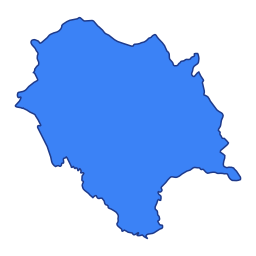 an SVG outline of Himachal Pradesh
{"feature_id": "IND-2429", "entity_name": "Himachal Pradesh", "entity_type": "Union Territory", "adm_level": 1, "iso_a3": "IND", "parent_name": "India", "parent_adm1": "", "projection": "orthographic", "projection_center": [77.297, 31.808], "detail": "fine", "context": "isolated", "style": "filled", "palette": "blue", "viewbox_px": 256, "rotation_deg": 0, "n_neighbors": 0, "source": "natural_earth", "source_scale": "10m", "svg_char_len": 5757}
<svg xmlns="http://www.w3.org/2000/svg" viewBox="0 0 256 256"><path d="M198.8,72.0L200.7,75.9L203.3,79.8L203.5,80.5L203.3,81.0L202.8,81.5L202.5,82.2L202.4,83.1L202.7,83.9L204.3,91.0L204.3,92.7L203.9,94.1L204.1,95.0L205.3,95.4L207.7,96.7L209.1,98.7L210.3,101.1L216.8,109.8L218.7,111.3L221.6,113.0L222.4,113.8L223.1,115.3L222.9,116.8L221.5,120.1L221.2,121.6L220.7,124.9L220.3,126.4L218.6,129.1L218.4,130.4L220.1,132.2L219.9,133.6L220.0,134.4L220.3,135.0L221.1,136.0L221.7,137.3L222.0,137.9L222.5,138.3L223.1,138.4L224.3,138.4L226.8,140.9L228.4,142.9L228.0,143.8L226.9,145.1L220.6,150.5L220.3,152.2L222.8,153.8L224.8,155.5L224.7,158.1L223.8,161.0L223.3,164.0L223.5,165.4L223.8,166.1L224.3,166.6L226.4,167.6L227.2,167.6L228.9,167.2L230.7,167.3L231.5,167.3L233.6,168.0L234.4,169.1L236.5,171.2L240.4,177.1L240.6,178.3L240.4,179.6L238.3,180.3L236.4,180.6L232.2,180.4L230.7,179.4L229.8,178.5L228.9,177.2L227.6,174.4L227.1,173.9L226.1,173.7L224.4,173.8L222.4,173.4L220.1,173.3L218.7,173.4L217.7,173.4L216.5,173.0L215.7,172.5L214.6,172.3L213.1,172.2L210.3,172.6L208.9,173.0L207.7,173.2L207.1,173.0L205.9,172.2L203.8,169.9L203.2,169.4L202.7,169.3L201.8,169.5L201.1,169.5L200.4,169.0L200.1,168.4L199.6,168.0L198.9,167.8L197.6,167.8L195.2,167.5L194.2,167.5L193.3,167.8L190.1,170.1L186.9,171.1L182.3,173.8L179.3,176.1L177.2,177.1L176.4,177.3L175.2,177.3L172.2,176.8L171.5,176.8L170.7,177.1L169.9,177.7L167.9,179.8L165.8,182.5L161.8,186.6L161.3,187.3L161.2,188.1L161.9,189.5L162.0,190.2L161.6,191.1L161.0,191.7L160.4,192.0L159.8,192.1L158.5,191.6L158.1,192.1L158.1,192.9L158.9,194.4L159.6,195.0L160.2,195.4L160.7,195.9L161.0,196.7L161.0,198.6L160.6,200.3L159.7,200.3L158.8,199.5L158.3,199.6L157.6,200.6L156.8,203.2L155.2,206.7L155.1,208.1L155.3,209.1L157.2,211.0L157.5,212.2L157.6,213.9L157.8,214.9L158.9,216.2L159.2,216.8L159.6,218.8L159.5,219.5L159.1,220.2L157.9,221.0L157.8,221.4L159.3,224.1L159.8,224.7L160.6,225.0L162.2,225.2L162.5,225.6L162.6,226.8L162.5,227.6L161.7,228.5L161.0,228.6L159.5,229.3L154.2,232.7L152.6,233.4L148.1,234.1L146.7,234.8L146.0,235.8L146.1,236.5L147.0,237.8L147.3,238.3L147.2,238.4L144.2,236.7L142.5,235.1L141.4,235.1L140.8,235.4L139.0,235.7L137.7,235.6L137.2,235.4L137.2,235.0L138.2,233.8L138.5,233.2L138.4,232.8L137.9,232.8L135.7,234.2L134.7,234.7L133.6,234.7L133.0,234.2L132.2,233.1L131.6,232.9L128.5,232.3L127.7,232.0L126.7,231.3L124.3,230.1L122.6,231.2L122.1,231.1L121.8,230.2L121.7,229.3L118.1,226.3L117.2,225.1L116.9,223.9L118.0,221.8L118.2,220.8L118.0,218.6L118.3,216.6L118.2,215.4L117.7,214.3L116.7,212.9L116.0,212.1L114.1,210.8L111.2,209.1L109.2,208.3L108.4,207.8L108.2,207.3L108.2,206.8L108.0,205.9L107.4,205.4L106.8,205.0L105.9,204.8L105.4,204.4L104.9,203.7L104.6,202.9L104.3,201.4L103.9,200.6L102.1,198.3L101.0,198.1L100.1,198.2L99.2,198.5L98.2,198.4L97.6,198.0L97.0,197.3L96.4,196.0L96.2,195.7L95.7,195.6L94.8,195.9L93.8,196.7L92.9,197.6L89.9,195.0L88.5,193.4L84.8,190.5L83.5,189.2L82.9,188.1L82.4,186.4L82.2,185.6L82.4,184.2L83.4,182.1L83.3,181.4L82.1,180.6L81.9,180.0L82.1,176.1L82.4,175.5L83.4,174.3L83.8,173.4L83.5,172.9L82.9,172.7L81.3,172.9L80.8,172.8L80.7,172.5L81.1,171.1L80.9,170.3L80.4,169.4L79.8,168.7L79.6,168.8L79.4,169.0L78.7,170.3L78.1,170.6L77.8,170.3L77.4,168.8L77.1,168.3L76.7,168.0L75.6,167.9L75.1,168.5L74.8,168.4L74.3,167.9L73.7,166.9L73.3,166.5L73.0,166.6L72.2,167.3L71.9,167.4L71.4,167.2L71.0,165.8L69.6,162.9L67.1,157.9L66.2,157.0L65.5,157.8L63.7,158.4L63.3,159.2L63.7,162.1L63.5,162.9L63.1,163.2L62.3,163.1L61.8,163.4L61.6,164.0L61.4,165.2L61.0,165.8L60.5,166.2L60.1,166.3L59.6,166.2L58.4,165.6L57.1,165.8L55.6,166.5L54.2,165.6L52.8,164.0L52.1,162.8L51.7,161.6L50.7,156.9L47.2,146.5L37.7,127.6L37.6,127.0L37.7,126.2L38.0,125.8L38.5,125.6L40.3,125.7L40.7,125.4L40.7,125.0L38.1,119.8L35.8,116.2L35.0,114.7L33.8,113.9L30.0,112.1L26.8,110.0L23.8,108.6L23.3,108.1L22.3,108.3L20.9,107.7L16.9,107.0L15.6,106.4L15.4,105.8L15.7,105.2L19.5,101.0L20.6,98.9L20.9,97.8L20.9,97.3L20.5,97.1L20.1,97.1L19.1,97.6L18.6,97.6L17.9,97.1L17.5,96.1L17.4,94.9L17.6,93.8L17.9,92.9L18.5,92.4L23.1,91.4L24.4,90.8L25.4,90.2L26.4,89.3L28.8,86.5L34.0,82.4L37.2,80.6L37.6,80.2L37.7,79.7L37.6,79.2L35.0,73.9L34.1,72.8L33.5,72.6L34.0,71.9L34.8,70.2L34.7,69.2L36.7,66.4L38.5,64.9L38.7,63.8L38.7,62.2L37.4,59.1L37.2,58.2L37.4,55.6L38.0,54.2L38.0,53.7L37.8,52.8L37.4,52.1L36.3,50.7L35.3,48.6L34.5,47.6L32.3,45.2L31.6,44.1L31.1,43.0L31.0,42.0L31.3,41.1L31.8,40.4L32.6,40.0L33.8,39.7L34.7,39.7L35.4,39.9L38.1,41.0L38.6,41.4L39.6,42.8L40.1,43.2L40.9,42.9L42.0,42.2L47.2,37.7L49.2,35.3L50.4,34.4L53.8,32.9L56.6,32.1L57.9,31.5L59.3,30.6L60.9,28.8L61.5,27.5L61.8,26.5L61.8,25.7L62.2,25.0L63.1,24.1L66.9,21.6L69.8,20.3L77.3,18.8L79.2,17.6L80.3,17.8L83.7,20.7L84.6,21.0L92.0,20.5L92.9,20.7L93.8,21.3L97.8,26.0L99.0,26.9L102.5,30.1L104.1,32.2L104.9,33.1L105.9,33.8L108.8,35.2L114.5,39.7L117.6,41.5L123.1,43.4L131.4,46.1L132.9,46.1L133.3,45.7L133.8,44.8L134.4,44.3L137.6,44.0L139.8,43.5L141.1,42.8L143.8,42.1L144.7,41.7L146.5,40.5L148.8,38.2L150.5,37.6L151.1,37.3L152.6,35.7L154.4,34.7L155.0,34.6L155.6,34.8L156.3,35.6L157.0,36.8L158.5,38.7L162.3,42.7L164.5,45.6L166.9,51.0L168.0,51.9L168.8,53.1L169.2,54.1L169.4,58.1L169.8,59.3L170.6,60.2L172.2,62.0L172.8,62.9L173.5,65.1L174.5,65.8L176.7,65.7L177.7,65.2L178.9,63.5L179.9,62.8L180.3,62.4L180.6,61.8L181.3,61.3L183.9,60.8L185.5,59.7L186.3,59.4L188.7,59.5L189.7,59.3L190.4,58.9L191.3,57.5L192.0,57.1L193.7,56.4L194.3,56.0L194.5,55.3L194.3,54.0L194.5,53.7L195.5,53.5L197.3,53.5L197.7,53.6L198.1,54.5L198.6,56.4L198.8,57.6L198.9,58.7L198.5,62.0L198.3,62.6L197.9,63.3L197.2,64.0L195.6,65.1L194.3,66.1L193.7,66.8L193.0,68.4L192.6,70.7L192.3,71.7L191.8,72.8L191.6,73.9L191.8,74.9L192.4,75.7L193.1,76.3L193.7,76.5L194.4,76.4L197.3,73.0L198.8,72.0Z" fill="#3b82f6" stroke="#1e3a8a" stroke-width="1.5"/></svg>